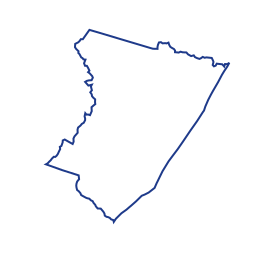 outline of Santa Helena, Paraná, Brazil, rotated 198°
{"feature_id": "56859067B88901030092463", "entity_name": "Santa Helena", "entity_type": "district", "adm_level": 2, "iso_a3": "BRA", "parent_name": "Brazil", "parent_adm1": "Paraná", "projection": "orthographic", "projection_center": [-54.285, -24.867], "detail": "fine", "context": "isolated", "style": "outline", "palette": "blue", "viewbox_px": 256, "rotation_deg": 198, "n_neighbors": 0, "source": "geoboundaries", "source_scale": "gbopen_adm2", "svg_char_len": 2306}
<svg xmlns="http://www.w3.org/2000/svg" viewBox="0 0 256 256"><g transform="rotate(198 128 128)"><path d="M173.2,128.9L172.9,125.7L171.7,123.8L171.2,122.2L171.7,119.3L173.2,117.6L173.9,115.7L175.6,113.0L175.5,110.9L174.4,107.9L175.3,105.8L176.3,103.5L176.6,101.1L175.5,98.2L175.7,95.7L182.3,97.0L184.6,97.5L186.2,96.0L185.7,94.1L185.8,90.3L187.0,89.0L186.0,87.0L186.4,84.4L186.7,81.6L187.4,79.4L188.3,78.0L189.7,77.7L190.9,75.4L191.6,73.3L192.5,71.7L193.5,69.5L194.8,68.1L177.7,67.6L160.3,67.7L158.7,64.2L159.8,61.4L159.8,59.2L159.4,57.2L158.5,55.3L157.2,53.3L155.4,52.7L153.1,51.3L151.9,49.8L150.2,49.4L146.5,48.7L145.1,48.6L142.9,48.8L141.1,47.8L139.0,47.5L137.6,46.1L135.4,44.8L134.4,43.6L132.0,42.1L129.0,42.9L125.6,40.8L124.0,39.4L123.0,37.5L121.0,36.9L119.6,37.1L117.6,36.9L115.8,35.9L113.5,35.9L112.5,34.3L111.5,37.9L107.9,44.9L104.2,49.9L102.1,53.4L101.2,54.8L97.7,60.7L94.0,67.8L91.5,69.9L88.4,73.0L84.2,79.2L83.7,84.4L83.4,86.3L82.6,92.0L81.8,97.6L79.1,108.9L76.7,116.0L74.2,123.2L71.7,131.5L71.2,133.2L67.9,144.7L64.4,156.0L61.7,166.3L61.1,168.1L61.1,172.3L60.4,179.6L59.4,185.6L58.7,189.2L58.3,191.1L56.5,199.4L56.0,202.3L55.1,207.5L54.1,211.8L52.6,217.0L51.8,221.3L53.3,219.4L55.5,218.8L55.5,216.2L58.0,217.7L63.5,216.6L63.9,214.4L65.3,213.2L66.9,214.1L67.1,217.2L68.0,218.4L70.0,220.5L75.2,219.4L76.8,218.5L78.9,218.7L80.2,216.9L81.4,215.8L83.9,215.8L86.2,216.1L87.9,217.4L90.2,215.9L93.7,216.6L95.8,217.9L99.3,216.9L101.6,216.8L103.1,215.4L104.6,215.1L106.7,214.6L107.2,216.2L108.7,217.3L111.2,217.8L112.9,218.3L114.5,219.8L115.9,221.7L117.4,220.4L118.8,220.2L121.3,219.2L123.2,219.8L125.0,218.9L125.2,216.3L125.0,214.3L124.4,212.4L128.7,211.1L130.9,211.0L163.6,210.2L185.3,209.7L195.0,209.4L198.4,198.5L200.3,197.9L200.9,195.8L201.8,194.1L204.2,191.7L203.4,188.5L201.8,187.2L198.8,185.7L198.4,184.0L197.0,183.3L194.3,180.7L192.8,180.4L191.6,179.5L189.6,179.9L189.8,176.0L188.1,173.9L186.3,174.4L184.5,172.8L182.4,170.6L183.2,168.8L181.4,168.2L178.1,166.3L177.0,165.0L177.4,162.2L179.9,161.2L181.7,160.1L183.0,158.6L178.8,156.1L175.8,158.0L176.1,156.0L174.0,152.7L174.9,150.3L172.9,148.8L172.1,147.2L170.6,146.2L168.1,145.1L167.3,142.3L166.5,140.6L167.6,139.0L169.1,136.5L167.7,132.8L168.1,128.5L170.1,128.5L171.6,127.9L173.2,128.9Z" fill="none" stroke="#1e3a8a" stroke-width="2"/></g></svg>